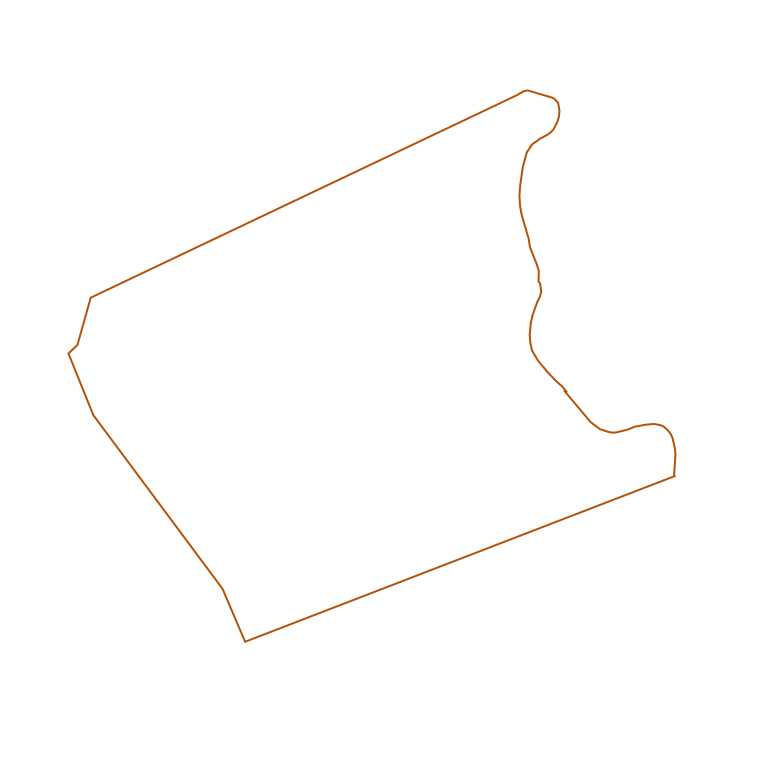 the district of Adams, Ohio, United States of America, rotated 245°
{"feature_id": "52423323B26888190258650", "entity_name": "Adams", "entity_type": "district", "adm_level": 2, "iso_a3": "USA", "parent_name": "United States of America", "parent_adm1": "Ohio", "projection": "albers", "projection_center": [-83.481, 38.826], "detail": "fine", "context": "isolated", "style": "outline", "palette": "amber", "viewbox_px": 768, "rotation_deg": 245, "n_neighbors": 0, "source": "geoboundaries", "source_scale": "gbopen_adm2", "svg_char_len": 970}
<svg xmlns="http://www.w3.org/2000/svg" viewBox="0 0 768 768"><g transform="rotate(245 384 384)"><path d="M209.1,149.2L177.7,608.5L178.9,608.5L196.3,618.0L202.0,620.3L212.7,622.6L216.7,622.8L221.0,622.0L224.7,620.7L227.0,619.6L230.0,617.0L233.6,611.9L236.4,604.3L239.3,593.3L239.8,585.2L241.8,574.6L242.9,571.4L244.9,568.1L251.6,560.8L262.2,555.1L300.8,544.8L300.4,545.9L306.1,544.6L312.9,541.6L324.8,537.5L339.8,533.5L351.5,532.3L359.4,534.0L367.1,536.9L377.5,543.0L383.9,548.0L393.4,557.4L397.4,562.4L401.3,565.6L409.1,567.9L411.6,567.4L421.1,572.1L427.3,573.0L446.4,574.1L454.1,576.4L479.8,580.4L487.7,582.5L496.8,586.0L506.5,591.4L522.0,601.5L533.6,611.3L538.6,619.6L540.4,629.2L540.8,637.2L541.7,641.8L543.2,645.4L549.0,652.6L552.4,655.6L557.9,658.7L565.3,660.6L570.3,659.0L572.5,657.4L589.4,638.2L590.2,634.5L590.3,634.3L589.6,626.3L586.2,154.7L549.0,122.7L545.0,110.9L478.5,107.4L266.7,151.1L209.1,149.2Z" fill="none" stroke="#b45309" stroke-width="2"/></g></svg>